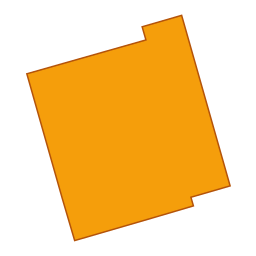 the district of Hardin, Iowa, United States of America, rotated 74°
{"feature_id": "52423323B84465171614567", "entity_name": "Hardin", "entity_type": "district", "adm_level": 2, "iso_a3": "USA", "parent_name": "United States of America", "parent_adm1": "Iowa", "projection": "natural_earth1", "projection_center": [-93.254, 42.383], "detail": "fine", "context": "isolated", "style": "filled", "palette": "amber", "viewbox_px": 256, "rotation_deg": 74, "n_neighbors": 0, "source": "geoboundaries", "source_scale": "gbopen_adm2", "svg_char_len": 313}
<svg xmlns="http://www.w3.org/2000/svg" viewBox="0 0 256 256"><g transform="rotate(74 128 128)"><path d="M34.5,45.4L34.6,86.5L48.3,86.5L48.2,127.8L48.0,210.3L135.0,210.5L177.8,210.6L221.5,210.3L221.2,127.9L220.9,86.6L211.9,86.6L211.8,45.8L34.5,45.4Z" fill="#f59e0b" stroke="#b45309" stroke-width="1.5"/></g></svg>